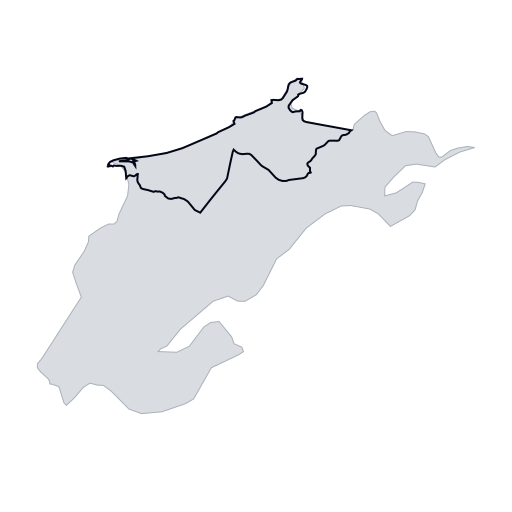 Costa Rica, with Limón highlighted, rotated 281°
{"feature_id": "CRI-1329", "entity_name": "Limón", "entity_type": "Province", "adm_level": 1, "iso_a3": "CRI", "parent_name": "Costa Rica", "parent_adm1": "", "projection": "robinson", "projection_center": [-83.398, 10.004], "detail": "fine", "context": "in_parent", "style": "outline", "palette": "ink", "viewbox_px": 512, "rotation_deg": 281, "n_neighbors": 0, "source": "natural_earth", "source_scale": "10m", "svg_char_len": 5339}
<svg xmlns="http://www.w3.org/2000/svg" viewBox="0 0 512 512"><g transform="rotate(281 256 256)"><path d="M438.7,262.6L438.1,264.9L436.2,267.3L433.5,269.8L429.9,271.4L421.2,266.4L412.7,260.8L408.0,263.4L406.3,270.7L403.1,274.5L399.2,276.0L397.6,278.5L397.2,303.4L397.5,326.9L404.0,327.4L414.7,335.6L419.3,340.4L420.8,344.8L419.5,347.0L411.6,352.1L403.9,358.6L400.1,366.7L406.8,379.7L408.2,388.6L408.0,397.9L406.2,402.3L391.3,413.0L388.0,416.7L388.5,419.4L396.7,426.8L400.6,433.9L403.8,442.5L404.2,450.0L396.8,436.1L386.5,423.0L377.5,414.8L376.8,395.9L373.2,385.6L359.7,376.1L348.2,369.5L339.6,370.8L344.8,381.7L358.4,395.7L359.3,401.1L359.1,408.3L349.8,407.1L341.5,404.2L331.5,403.3L324.8,399.0L310.7,382.3L320.7,368.1L323.8,358.7L323.6,339.4L321.3,330.0L310.4,315.7L293.0,300.0L268.7,287.2L257.2,276.8L228.8,268.9L218.0,263.7L209.5,253.9L208.2,246.9L211.3,236.2L203.4,222.5L169.5,195.6L150.6,185.7L146.5,179.9L143.5,178.1L146.4,196.6L154.7,207.8L176.3,218.3L182.2,224.3L184.6,232.3L172.1,247.4L165.7,251.2L163.8,259.5L159.7,262.0L155.3,257.2L137.8,233.5L103.9,222.1L97.7,215.1L85.2,193.5L79.4,173.7L81.5,160.5L95.5,139.9L99.9,130.9L99.0,125.4L99.5,117.3L94.3,111.7L81.4,104.3L73.2,98.3L75.4,95.4L90.2,87.4L91.2,80.3L91.1,77.9L93.5,77.4L95.7,75.5L97.0,73.5L101.1,66.6L104.6,62.7L108.6,62.0L113.6,64.9L132.2,72.4L152.9,80.6L182.3,92.4L194.6,84.9L205.1,79.1L212.4,79.9L228.2,86.6L237.8,88.8L243.6,88.1L253.7,97.9L259.3,105.3L260.2,110.3L263.3,112.9L271.1,113.5L290.5,118.5L302.3,117.5L313.0,112.2L318.9,105.9L320.8,95.9L323.5,100.8L326.7,108.6L328.1,118.6L341.9,152.0L353.0,170.8L377.3,204.8L387.9,211.1L405.6,238.5L411.7,243.0L415.2,251.1L433.6,257.7L438.7,262.6Z" fill="#d9dde1" stroke="#a8b0b8" stroke-width="1"/><path d="M421.6,267.0L420.6,266.6L416.0,262.2L409.7,259.4L407.7,259.7L405.6,261.6L404.4,263.6L404.2,264.7L405.5,267.4L406.3,270.8L406.7,271.5L407.5,271.7L408.0,272.1L407.8,273.1L406.2,274.2L400.3,275.1L398.3,275.9L397.4,277.6L397.1,280.0L397.2,290.3L397.4,305.2L397.6,325.6L396.5,324.6L396.2,324.3L394.4,323.7L392.5,321.6L392.0,320.7L391.3,318.5L390.7,317.5L390.3,317.2L389.6,316.8L385.8,315.6L385.5,315.4L385.2,315.1L384.9,314.4L384.7,314.0L383.5,307.3L383.1,306.1L382.9,305.5L382.7,305.3L382.5,305.1L382.3,304.9L378.4,302.4L377.9,302.0L377.1,301.2L372.9,295.0L372.4,294.8L371.7,294.7L369.3,294.9L367.8,295.2L367.4,295.2L366.8,295.1L366.1,294.8L364.4,293.9L363.3,293.1L362.8,292.8L360.8,292.0L360.2,291.7L359.7,291.4L357.7,289.4L357.2,289.1L356.7,288.8L356.3,288.8L355.9,288.9L355.1,289.3L354.6,289.6L354.4,289.9L353.1,291.9L352.9,292.2L352.4,292.3L350.4,292.6L349.8,292.7L349.4,292.9L349.0,293.4L348.8,293.6L348.5,293.7L348.3,293.8L348.1,293.6L347.8,292.7L347.7,292.3L347.6,291.9L347.2,291.6L346.9,291.3L344.0,290.4L342.7,289.3L342.3,288.9L341.4,287.4L337.7,276.2L337.3,274.9L336.6,273.2L336.4,272.9L336.0,272.5L335.8,272.1L335.2,270.4L335.0,268.9L334.7,267.7L335.1,263.9L336.6,260.4L342.9,251.9L345.4,244.8L346.3,243.3L349.6,238.8L354.2,232.2L355.0,230.1L354.7,227.8L353.4,223.4L353.3,220.7L353.6,218.5L354.5,216.5L355.8,214.2L356.1,213.8L353.9,213.3L342.3,213.0L326.5,212.8L323.7,211.7L313.0,206.0L306.4,202.5L301.6,200.0L287.9,193.0L289.4,187.4L290.1,186.3L291.1,185.2L296.2,179.0L296.6,178.4L297.9,175.2L298.2,174.3L298.3,173.7L298.3,173.3L298.4,171.8L298.7,170.0L298.8,169.1L298.8,168.5L298.7,168.3L298.3,167.8L298.0,167.3L297.8,166.6L297.5,165.3L296.0,162.3L295.9,161.8L295.7,160.0L295.7,159.2L295.8,158.7L296.2,157.8L296.5,157.3L297.4,155.4L297.6,155.1L297.8,155.0L298.1,154.9L298.4,154.8L298.7,154.7L298.9,154.5L299.3,154.0L300.3,152.3L300.9,149.7L300.9,149.1L300.9,148.7L300.5,147.5L300.4,147.1L300.4,146.7L300.5,145.7L300.5,145.3L300.4,144.9L300.3,144.6L300.2,144.4L299.8,143.9L299.6,143.7L299.5,143.4L299.5,142.6L300.1,137.3L300.1,136.1L300.2,132.3L300.4,131.2L300.6,130.5L300.7,130.2L301.1,129.9L302.1,129.2L303.1,128.6L303.6,128.2L304.7,126.9L306.5,125.5L307.6,125.1L308.3,124.9L311.5,124.6L312.6,124.3L313.0,124.3L313.4,124.3L313.9,124.5L314.0,124.4L314.0,124.2L313.8,123.8L313.5,123.4L313.1,123.0L312.2,122.4L311.8,122.0L311.4,121.6L311.0,121.1L311.0,120.7L310.9,120.1L311.2,117.6L311.2,117.1L311.2,116.7L310.9,116.1L310.4,115.6L309.9,115.0L309.6,114.8L309.4,114.6L309.0,114.4L307.8,114.0L307.5,113.8L314.6,111.8L318.5,109.6L318.8,106.2L317.8,101.8L317.7,99.1L316.6,98.4L317.0,96.8L316.8,96.0L316.5,95.9L315.7,93.7L314.8,93.5L315.9,93.3L316.4,93.6L316.8,93.6L317.4,93.9L317.4,94.1L317.1,94.4L317.1,94.8L317.6,94.7L318.1,94.2L318.2,93.6L318.7,93.8L320.5,94.8L322.7,97.7L325.5,103.4L327.5,109.6L327.2,113.5L325.6,111.3L322.8,103.3L324.6,113.2L324.4,117.3L321.3,120.3L322.9,119.9L324.1,119.1L325.1,118.0L326.6,117.0L326.1,117.6L325.9,118.4L326.1,119.3L326.6,120.3L327.0,118.8L327.4,116.0L328.1,114.4L333.3,130.9L340.0,148.5L347.8,163.2L368.7,193.9L370.4,195.3L377.3,204.9L381.6,209.7L384.2,208.1L385.2,208.8L388.1,209.4L388.7,210.3L388.8,212.6L389.1,214.6L389.9,216.3L391.4,218.0L396.5,226.5L398.1,227.8L404.4,237.3L409.2,242.4L412.0,241.4L412.6,243.4L413.2,248.4L414.2,250.7L415.9,252.1L423.2,255.0L425.8,255.3L428.4,255.2L430.8,255.4L432.9,256.7L435.7,261.4L437.5,262.6L438.8,267.4L438.0,267.4L436.3,266.4L434.6,266.1L433.8,267.5L433.4,272.2L432.7,273.8L431.2,274.1L429.2,273.7L427.3,273.0L426.2,272.5L425.0,271.0L423.6,268.0L422.5,266.6L421.6,267.0Z" fill="none" stroke="#020617" stroke-width="2"/></g></svg>